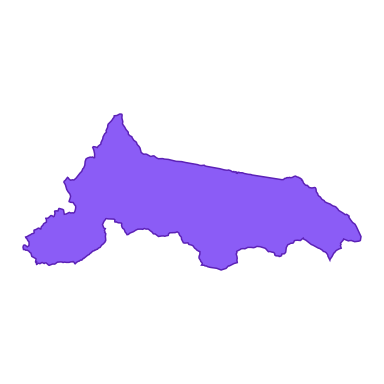 the district of Cubarral, Meta, Colombia
{"feature_id": "7082276B4656793666603", "entity_name": "Cubarral", "entity_type": "district", "adm_level": 2, "iso_a3": "COL", "parent_name": "Colombia", "parent_adm1": "Meta", "projection": "mercator", "projection_center": [-74.097, 3.859], "detail": "fine", "context": "isolated", "style": "filled", "palette": "violet", "viewbox_px": 384, "rotation_deg": 0, "n_neighbors": 0, "source": "geoboundaries", "source_scale": "gbopen_adm2", "svg_char_len": 5966}
<svg xmlns="http://www.w3.org/2000/svg" viewBox="0 0 384 384"><path d="M349.1,216.2L348.7,216.2L348.1,215.3L346.6,214.3L345.3,214.6L344.7,214.4L343.9,213.6L338.7,210.4L337.8,209.0L335.8,206.9L334.5,206.3L333.6,206.2L331.4,205.0L330.5,204.2L326.8,202.8L324.9,201.8L324.1,200.6L321.9,199.3L320.3,197.0L318.8,196.0L318.0,195.0L317.7,193.7L316.3,191.7L316.0,189.0L315.4,187.8L314.6,187.5L311.9,188.0L309.1,187.5L308.5,186.4L307.6,185.8L307.3,185.4L306.9,185.2L306.2,185.4L305.8,185.3L305.0,184.7L304.2,183.7L303.7,183.4L302.5,180.5L301.9,180.4L301.8,179.4L300.9,178.7L300.1,178.1L299.5,178.1L298.7,177.3L297.5,177.1L295.5,176.1L294.2,176.4L292.1,177.5L290.4,177.7L289.6,177.4L288.4,177.7L287.0,177.6L285.9,178.2L284.5,178.5L283.6,179.5L282.0,179.7L252.2,175.0L250.8,174.5L248.3,174.3L244.3,173.5L242.6,172.8L239.3,172.7L239.0,172.3L238.2,172.3L237.8,172.5L237.5,173.3L236.9,173.3L236.4,173.1L236.7,172.4L236.6,172.1L235.4,171.8L234.2,172.1L233.8,171.5L232.9,171.9L231.6,171.4L230.8,170.7L228.5,170.0L227.8,170.2L226.3,170.2L224.0,169.8L219.8,168.7L206.4,166.3L205.2,166.0L204.2,165.2L201.5,165.5L199.8,165.4L197.5,164.6L185.5,162.5L181.6,161.6L176.1,161.3L168.3,159.4L164.5,159.1L162.7,158.6L158.3,158.7L156.5,157.8L154.0,155.9L152.9,155.9L151.6,156.3L150.5,156.4L146.8,154.3L145.9,154.1L143.6,154.2L141.2,152.5L140.0,148.0L139.0,146.4L137.2,144.5L136.4,142.3L135.9,141.8L133.8,140.3L132.2,137.8L131.8,136.7L130.0,135.8L128.4,134.3L128.2,132.1L125.9,129.4L124.7,127.1L122.7,124.3L122.5,123.5L122.8,121.8L122.6,120.8L121.9,118.0L122.1,114.9L121.7,114.2L120.1,114.0L119.5,114.1L116.9,115.5L114.2,115.8L113.9,117.6L113.0,118.4L112.6,119.3L111.1,121.2L108.2,124.1L107.8,125.3L107.6,127.3L106.1,130.5L106.4,132.2L104.7,133.8L103.1,136.8L102.7,139.0L101.0,142.5L100.9,143.9L100.7,144.2L98.3,146.1L97.2,147.6L95.8,147.0L94.1,146.7L93.4,146.7L92.7,147.3L93.9,150.4L94.6,153.8L94.6,157.6L94.0,157.8L92.5,157.0L91.3,157.3L90.2,157.1L87.5,158.0L86.0,159.0L85.2,161.3L84.8,165.2L83.7,167.9L82.8,168.8L81.7,171.4L80.1,173.0L76.1,178.1L73.9,180.0L72.5,179.8L70.5,180.2L68.9,178.9L68.3,177.9L67.5,177.4L65.2,180.4L64.1,181.3L63.9,182.2L65.4,184.8L66.7,189.4L68.1,191.8L69.9,194.0L70.6,196.2L70.2,198.0L69.1,201.2L69.1,201.6L70.6,202.3L73.2,202.5L74.5,204.7L75.6,205.9L75.7,207.9L75.2,210.4L74.4,212.4L73.5,213.0L72.4,212.8L70.7,213.0L69.3,212.4L66.1,214.0L64.3,214.3L63.5,210.0L62.7,209.4L59.5,208.5L59.0,208.5L58.8,208.7L57.9,211.0L56.1,210.8L54.7,211.1L54.6,211.4L55.0,213.3L54.1,216.4L53.4,216.7L51.8,215.6L50.8,215.6L48.2,218.0L47.2,218.3L45.8,218.3L45.8,218.6L46.4,219.4L46.4,222.1L44.0,223.5L43.5,224.0L42.9,225.2L41.7,226.4L41.2,227.1L40.9,228.9L40.4,229.0L39.5,228.4L38.3,228.1L36.2,229.4L34.2,230.1L34.0,230.3L34.0,231.6L34.2,232.6L33.7,233.3L31.8,233.8L30.3,234.9L29.5,235.1L27.0,236.6L25.6,237.0L25.8,237.7L26.9,238.7L27.9,240.7L28.9,241.7L29.1,244.0L28.9,245.7L27.2,246.9L25.3,245.2L24.2,245.0L23.8,245.2L23.3,245.9L23.0,247.2L23.5,249.5L24.6,249.5L25.7,250.2L27.2,250.2L28.8,251.1L30.0,252.5L30.9,253.1L31.8,256.4L35.9,258.7L36.0,259.5L35.5,261.9L35.7,262.2L36.4,261.7L36.7,261.9L36.4,263.4L36.6,264.4L37.0,264.3L37.6,263.5L38.8,263.3L39.9,263.7L40.9,263.2L41.4,262.7L42.2,262.5L44.2,263.5L45.1,262.9L46.3,263.0L48.6,265.1L49.3,265.3L52.7,264.0L54.5,264.1L55.3,263.8L57.3,262.2L60.7,261.9L62.4,262.1L63.0,262.5L64.5,262.1L66.4,262.4L69.0,262.4L71.1,261.8L72.4,261.9L73.0,261.5L74.4,262.6L74.5,263.2L75.1,263.8L76.8,262.2L78.5,261.2L79.1,261.2L80.5,260.1L81.8,260.1L83.4,258.3L83.8,258.4L87.7,255.2L89.3,254.4L90.0,253.4L90.7,253.1L92.7,251.2L94.2,250.7L94.8,250.1L95.4,250.1L96.6,249.4L97.5,249.2L98.4,248.1L100.1,247.4L101.6,245.2L103.4,243.8L105.1,241.9L105.2,241.1L105.5,241.0L105.7,240.7L105.7,239.4L105.4,236.4L105.8,233.7L105.1,232.7L104.7,232.5L104.9,231.6L104.4,230.4L105.3,228.6L104.3,228.3L103.7,227.7L102.5,224.6L104.0,221.3L105.4,219.5L105.8,218.7L106.6,218.6L108.0,218.9L113.9,219.1L114.9,219.8L114.7,221.3L115.1,222.1L116.2,221.8L117.1,222.4L118.9,222.9L119.8,222.8L121.5,223.2L121.8,223.9L121.5,225.1L122.0,227.1L122.8,228.4L123.9,229.1L124.7,230.6L125.0,231.8L126.4,233.5L127.0,234.7L128.2,234.5L130.1,233.0L133.6,231.6L135.5,230.3L137.8,229.2L141.0,229.1L142.8,229.3L144.2,228.5L146.1,229.1L147.8,229.0L148.6,229.3L150.5,230.9L151.9,231.9L153.4,233.8L155.3,234.0L158.5,236.5L161.4,236.0L163.5,235.9L164.3,236.2L165.0,236.2L167.0,235.6L167.8,235.6L168.3,235.3L168.5,234.0L169.7,232.8L175.3,232.6L177.0,231.9L177.5,232.0L179.0,233.2L179.1,234.1L179.7,235.3L181.1,236.9L181.4,237.5L181.5,239.2L183.4,242.8L184.9,243.1L187.9,242.8L188.8,244.4L191.6,245.1L193.0,245.8L194.6,248.1L196.2,249.3L196.7,250.0L198.7,251.2L199.9,251.6L199.9,254.1L199.1,256.3L199.0,257.6L199.2,258.5L200.3,260.0L200.9,261.6L201.7,262.4L202.3,263.4L202.2,264.0L201.5,265.1L204.2,265.3L205.0,265.9L206.5,266.0L207.6,266.7L210.3,267.4L216.7,268.3L221.1,270.0L226.1,268.4L228.4,265.9L229.4,265.9L234.1,263.5L237.3,262.6L236.9,260.1L237.2,258.4L237.0,256.7L236.2,254.0L236.9,252.7L236.7,251.4L237.3,251.0L239.7,249.8L241.2,248.8L243.2,248.6L244.9,248.8L247.8,247.4L251.2,247.4L253.4,247.7L254.8,247.4L256.9,246.4L260.1,246.7L265.0,248.2L265.7,248.7L268.4,251.7L270.0,251.5L271.8,252.1L273.6,252.4L274.6,253.4L274.8,255.0L275.9,255.8L278.9,256.0L279.2,256.5L280.0,256.4L281.5,255.7L281.7,254.1L284.5,253.7L285.7,252.2L286.3,247.5L287.9,244.6L289.2,244.2L290.7,243.3L293.0,243.1L293.7,242.3L294.4,240.7L294.8,240.5L297.2,240.2L300.4,240.5L303.2,238.1L303.7,239.1L305.9,240.2L311.3,244.5L312.9,245.1L318.3,248.1L319.7,248.5L322.6,250.4L323.3,251.4L324.7,251.7L326.3,252.8L327.8,255.0L327.9,256.1L329.9,260.1L330.1,259.3L332.0,256.6L333.8,253.1L334.5,252.7L335.9,250.8L336.9,250.1L338.9,249.0L341.2,248.2L340.4,245.5L341.0,244.6L340.5,243.2L343.2,240.1L343.6,239.0L348.4,240.9L349.6,240.6L351.3,240.5L354.7,241.7L358.6,241.2L359.9,240.8L360.4,240.3L361.0,236.6L356.3,226.5L355.0,224.2L352.6,222.5L350.7,220.0L348.9,217.3L349.1,216.2Z" fill="#8b5cf6" stroke="#5b21b6" stroke-width="1.5"/></svg>